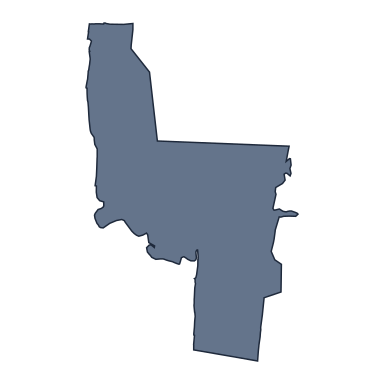 Santiago Llano Grande, Oaxaca, Mexico
{"feature_id": "50627088B71737846515518", "entity_name": "Santiago Llano Grande", "entity_type": "district", "adm_level": 2, "iso_a3": "MEX", "parent_name": "Mexico", "parent_adm1": "Oaxaca", "projection": "natural_earth1", "projection_center": [-98.268, 16.488], "detail": "fine", "context": "isolated", "style": "filled", "palette": "slate", "viewbox_px": 384, "rotation_deg": 0, "n_neighbors": 0, "source": "geoboundaries", "source_scale": "gbopen_adm2", "svg_char_len": 3252}
<svg xmlns="http://www.w3.org/2000/svg" viewBox="0 0 384 384"><path d="M89.4,23.9L88.3,31.7L88.6,31.8L87.5,39.0L89.5,39.1L91.4,41.0L91.3,41.7L90.1,45.7L89.3,47.7L89.2,49.6L89.7,51.3L89.2,51.3L89.2,51.6L90.1,58.0L90.2,59.2L90.0,60.8L89.8,62.5L89.6,64.4L89.1,67.3L88.9,68.8L88.7,70.0L88.2,71.2L88.2,72.2L88.0,74.7L87.8,76.8L87.6,79.2L87.2,80.9L86.0,87.3L86.2,88.0L87.0,88.2L87.1,93.7L87.3,97.7L87.5,100.4L87.9,101.8L88.0,102.5L88.1,103.7L88.4,107.2L88.7,112.7L88.7,112.9L89.1,119.7L90.1,129.0L90.4,130.9L91.0,132.6L91.4,133.5L94.1,137.3L94.3,139.2L94.2,139.6L94.4,141.1L94.8,144.4L97.2,148.9L97.2,157.4L97.1,157.8L96.8,167.4L96.6,171.9L96.4,176.4L95.1,185.7L96.4,186.0L96.3,192.2L97.0,196.9L97.1,197.6L99.7,200.7L103.7,201.9L103.8,205.8L103.7,205.8L103.2,207.1L101.2,208.5L98.1,209.5L95.2,213.4L94.5,215.2L95.0,218.4L97.0,223.4L98.2,224.8L99.3,226.8L100.6,227.6L103.2,227.9L109.8,223.3L116.5,220.5L121.8,219.5L124.3,220.6L125.2,222.2L131.8,231.1L134.4,233.7L134.6,233.8L136.5,235.2L138.8,236.2L142.8,235.1L146.5,233.1L147.7,234.8L148.6,241.3L148.7,241.5L148.8,242.6L154.6,245.9L154.3,247.5L151.1,244.9L149.3,245.0L147.7,246.6L146.6,247.7L147.4,252.0L149.4,254.5L149.9,254.9L151.4,256.8L151.6,257.2L151.9,257.4L155.8,259.3L159.4,259.0L160.3,258.9L163.0,258.9L164.1,259.2L166.5,260.1L168.8,260.8L172.5,261.7L174.2,262.5L177.0,263.6L179.0,264.2L179.6,263.9L179.9,263.0L180.1,262.3L180.2,262.0L180.5,261.0L180.6,260.5L180.9,259.5L181.1,258.9L181.4,257.7L183.5,256.8L184.1,256.8L186.4,258.3L186.8,258.6L187.7,259.3L190.8,260.8L194.3,260.9L195.7,259.9L196.1,258.9L196.4,257.6L196.1,254.7L195.9,252.5L196.1,251.2L197.1,249.9L197.6,250.0L198.1,255.8L198.2,256.9L198.1,259.4L197.9,259.4L197.8,265.8L196.6,274.7L195.8,277.8L194.5,278.6L194.8,278.8L195.1,279.6L195.1,282.0L195.5,283.7L195.4,284.2L194.8,287.8L194.7,289.5L194.3,298.2L194.2,298.9L194.2,303.3L194.0,305.2L194.0,305.6L194.6,312.1L194.8,312.2L195.2,316.5L195.1,317.1L194.7,321.1L194.4,327.3L193.8,333.7L193.8,335.0L194.5,335.3L193.6,344.8L193.7,345.2L193.7,349.9L229.1,356.0L257.6,361.0L258.1,354.1L258.4,350.3L258.6,348.5L258.8,346.6L258.9,345.2L259.1,343.8L259.3,342.4L259.5,341.0L259.7,339.7L259.9,338.3L260.1,336.9L260.2,335.5L260.3,334.1L260.4,332.7L260.6,331.2L260.8,329.8L260.7,328.3L260.7,327.0L260.9,325.7L262.4,314.6L262.4,314.4L263.5,303.6L264.1,297.7L276.6,293.5L281.0,292.0L281.4,264.3L274.8,259.8L271.2,251.4L272.7,245.5L273.4,242.7L274.1,239.1L275.2,230.9L275.2,230.2L279.2,216.9L280.8,217.1L283.7,216.3L289.1,216.1L295.7,216.3L296.8,215.3L298.0,214.1L297.0,213.1L296.0,212.7L295.1,212.3L291.4,211.0L289.7,211.0L288.6,211.2L287.5,211.4L286.5,211.8L285.7,211.8L284.5,211.6L282.8,211.2L279.4,209.0L275.3,210.0L274.1,210.2L272.9,208.4L276.0,194.3L275.2,191.7L275.7,187.5L282.5,183.5L285.1,180.1L284.1,174.2L285.7,173.1L287.0,173.3L290.1,175.9L291.0,173.4L289.9,168.6L290.3,167.4L291.1,165.1L290.4,158.8L289.5,158.6L286.2,161.4L288.0,151.7L289.1,146.2L157.4,141.0L157.2,139.6L149.5,72.1L131.0,48.7L131.2,45.2L132.4,34.3L132.9,29.7L132.9,23.5L123.7,24.4L109.9,24.2L108.4,23.9L106.1,23.5L105.1,23.0L103.9,23.1L103.7,24.0L103.3,24.0L100.7,23.9L100.0,23.8L98.8,23.8L97.3,23.8L95.6,23.8L94.0,24.0L91.9,23.9L91.0,24.0L90.5,24.0L89.4,23.9Z" fill="#64748b" stroke="#1e293b" stroke-width="1.5"/></svg>